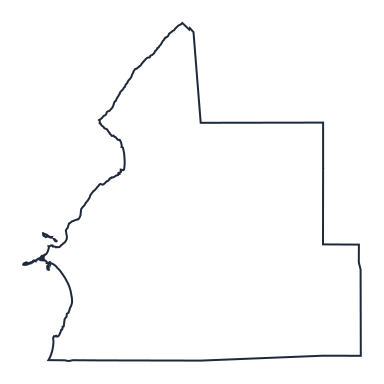 outline of Copper Coast, South Australia, Australia
{"feature_id": "25037944B48925496758456", "entity_name": "Copper Coast", "entity_type": "district", "adm_level": 2, "iso_a3": "AUS", "parent_name": "Australia", "parent_adm1": "South Australia", "projection": "equal_earth", "projection_center": [137.591, -33.943], "detail": "fine", "context": "isolated", "style": "outline", "palette": "slate", "viewbox_px": 384, "rotation_deg": 0, "n_neighbors": 0, "source": "geoboundaries", "source_scale": "gbopen_adm2", "svg_char_len": 5634}
<svg xmlns="http://www.w3.org/2000/svg" viewBox="0 0 384 384"><path d="M182.3,23.0L181.0,24.3L178.6,25.5L177.7,26.2L175.3,28.5L174.0,30.3L172.7,30.9L171.5,32.0L169.2,33.6L168.3,35.6L167.9,36.2L166.7,37.1L165.4,37.6L165.3,38.1L164.5,38.6L164.3,38.9L164.3,39.4L163.9,39.8L163.6,40.3L162.8,41.0L160.8,44.6L159.1,46.4L158.8,47.3L158.3,47.7L157.3,48.1L157.2,49.0L156.9,49.3L156.1,50.4L155.0,51.1L154.7,52.2L153.7,53.7L152.0,55.1L150.5,55.6L150.3,55.8L149.9,57.1L149.4,57.5L147.6,57.6L146.0,58.8L144.6,60.5L144.0,61.0L143.8,61.4L143.0,62.0L142.6,62.8L141.8,63.6L140.6,65.5L139.9,65.9L138.4,67.3L137.6,67.7L136.8,68.6L136.2,68.9L135.5,68.9L134.9,69.3L134.4,70.3L133.7,71.1L133.3,72.4L132.0,74.7L131.6,76.3L131.1,77.3L130.6,78.0L130.1,78.8L129.5,79.3L129.5,79.5L128.6,80.3L127.5,82.1L127.3,83.0L126.0,84.2L125.4,85.2L124.9,86.9L123.8,87.8L123.3,88.8L122.9,89.4L120.4,91.9L119.8,93.1L119.7,93.9L118.6,95.4L118.2,96.5L117.5,97.2L116.6,98.9L115.8,100.9L115.7,101.1L115.0,101.3L114.6,101.7L114.0,103.1L113.4,105.4L112.2,107.9L111.1,108.9L110.4,109.9L109.4,110.8L108.8,111.2L107.7,111.4L106.8,112.1L106.2,114.1L105.6,114.9L105.1,115.3L103.7,115.9L103.2,116.4L101.9,118.1L101.3,118.5L100.4,119.4L99.5,119.7L99.1,120.0L99.7,120.4L99.7,120.6L99.8,122.4L99.8,122.8L99.6,123.2L99.7,123.4L100.3,123.8L100.7,123.8L101.3,125.1L102.0,125.8L103.5,126.8L103.7,127.1L103.9,127.7L104.2,128.0L105.3,128.7L106.8,129.1L107.9,130.6L108.5,131.7L109.6,132.9L109.8,133.8L110.8,134.5L111.3,135.4L111.7,135.8L112.2,135.9L112.7,135.9L113.1,135.6L113.6,135.6L114.1,136.4L114.6,136.9L115.7,137.2L116.6,138.5L117.1,138.8L117.5,139.6L118.9,140.0L119.6,139.8L119.9,140.0L121.1,142.7L121.5,144.5L121.8,146.0L121.5,147.0L122.3,147.2L122.7,147.5L123.0,147.9L123.5,150.2L124.2,153.8L124.6,159.7L124.7,162.5L124.5,165.9L124.3,168.0L124.1,169.1L123.8,169.8L123.4,170.1L120.7,169.6L120.7,170.1L121.6,170.3L121.0,171.0L121.0,171.9L120.1,172.2L119.7,173.0L119.7,173.9L118.9,174.0L118.8,173.9L118.7,173.5L118.4,173.2L118.2,173.7L118.4,174.6L118.1,175.1L116.2,175.5L114.2,176.9L111.2,178.0L111.2,177.7L109.6,178.6L109.5,178.8L109.8,178.9L107.8,181.1L107.5,181.2L106.8,181.2L106.5,181.4L105.4,182.7L103.5,184.3L102.7,184.7L102.2,184.6L101.6,184.3L100.3,184.0L99.9,184.2L99.1,184.9L98.1,186.4L97.3,187.0L96.6,188.1L95.1,189.8L94.0,190.8L93.1,191.4L92.6,192.3L91.5,193.4L91.0,194.4L90.2,195.4L89.8,197.2L87.7,200.7L86.6,201.7L86.2,202.5L85.6,203.1L84.3,205.5L83.0,206.7L81.3,208.9L81.1,209.6L80.5,215.3L79.6,217.5L78.9,218.6L78.3,219.3L77.6,219.2L76.8,219.7L74.9,220.2L73.2,221.1L72.0,221.3L70.3,222.8L69.6,223.1L69.0,223.5L67.6,227.9L67.5,228.2L66.7,228.9L65.9,230.4L65.9,231.2L66.2,232.4L66.2,233.2L66.8,235.8L66.9,237.1L66.8,238.7L66.7,239.2L65.8,240.9L64.9,242.3L64.1,242.8L60.8,245.6L60.6,246.0L59.7,246.8L58.8,247.2L57.0,247.0L56.4,247.3L55.9,247.3L55.2,246.7L52.7,246.5L52.5,246.1L52.8,246.0L52.8,245.7L52.1,245.3L50.9,245.5L49.7,246.3L48.5,246.2L48.8,247.4L48.8,248.0L48.0,250.8L47.0,252.9L46.2,254.1L45.7,254.5L45.5,254.4L45.0,254.7L44.4,254.8L43.8,255.3L42.9,255.7L41.9,255.8L40.7,257.1L40.3,257.8L39.4,258.3L39.7,258.5L39.0,259.3L39.2,259.6L39.8,259.8L40.1,259.8L41.1,259.1L42.1,259.4L42.7,258.9L42.9,258.3L41.5,258.8L40.8,258.7L40.4,258.9L40.2,259.0L40.2,258.8L41.2,258.0L41.5,257.2L41.8,256.8L42.2,256.8L42.8,256.9L43.3,256.5L43.8,256.3L43.3,257.0L43.4,257.4L43.8,257.9L43.7,258.2L43.2,258.1L43.6,258.8L43.1,259.0L43.0,259.4L44.0,259.6L44.3,259.9L44.3,260.1L43.1,260.2L42.8,260.4L43.9,260.5L44.9,260.4L46.2,261.2L46.6,261.8L46.6,263.1L46.9,263.2L47.1,262.8L47.3,262.7L47.9,263.4L48.2,263.4L48.6,263.3L48.5,263.0L48.6,262.8L49.2,262.5L49.7,262.1L50.1,262.1L50.3,262.3L50.4,262.8L50.1,263.6L50.3,264.4L50.6,263.6L51.0,263.4L51.8,263.5L53.3,264.2L55.9,266.1L57.3,267.9L59.5,270.0L62.5,274.1L64.6,277.3L65.4,278.6L68.2,283.9L69.0,285.8L69.8,288.1L70.7,291.3L71.9,298.1L72.1,302.1L71.8,303.7L71.0,306.1L69.7,308.7L69.5,310.1L68.9,311.3L68.5,312.8L66.8,313.8L66.6,316.7L65.8,317.5L64.6,319.2L63.8,326.1L63.5,326.6L62.6,326.7L62.5,328.4L62.1,329.6L61.7,329.9L61.3,329.7L61.2,329.8L60.7,331.6L60.1,333.2L59.0,335.4L58.7,335.7L58.1,336.3L57.2,336.6L56.7,336.5L56.2,335.7L55.6,335.9L54.8,336.6L54.5,336.5L54.2,336.2L53.9,336.2L53.2,337.8L53.1,338.8L53.4,340.5L53.5,342.1L53.2,345.7L52.2,351.1L50.7,355.6L49.7,357.9L48.4,360.1L64.8,360.3L66.5,360.7L69.0,361.0L72.7,360.2L100.4,360.4L200.8,360.6L323.1,355.7L360.8,355.8L360.6,269.6L358.8,262.4L358.9,244.6L323.0,244.4L323.1,168.4L323.3,168.2L323.1,167.3L323.1,122.6L200.7,122.8L193.5,32.2L189.9,28.1L189.3,29.6L182.3,23.0ZM23.2,264.5L24.1,264.4L24.6,264.6L25.4,264.1L25.7,264.3L25.7,264.6L25.4,264.9L26.0,264.9L26.6,264.4L27.1,264.3L27.6,264.5L29.4,263.5L30.5,263.5L30.7,262.9L31.2,262.9L32.3,262.6L34.1,261.0L34.6,261.1L34.1,260.4L33.7,260.4L32.9,261.0L32.2,261.9L28.3,263.2L27.7,263.1L26.8,262.4L26.5,262.4L26.2,262.7L25.6,262.6L25.2,263.0L24.4,263.0L23.2,264.3L23.2,264.5ZM43.9,236.1L44.6,236.2L45.6,237.1L46.1,237.0L46.7,236.6L47.2,236.5L49.0,236.9L50.5,237.6L51.2,237.7L51.7,237.4L51.9,237.0L51.2,237.1L50.5,236.9L50.0,237.0L46.7,234.9L46.6,234.6L46.2,234.4L45.1,234.3L44.8,234.0L43.6,233.6L43.0,233.1L42.9,233.2L43.1,234.0L43.5,233.9L43.9,234.4L43.9,234.7L43.6,235.1L43.4,235.6L43.9,236.1ZM48.5,266.7L48.5,265.6L48.4,265.4L48.0,265.5L47.3,266.0L47.2,266.4L47.2,267.8L47.3,268.3L47.7,268.6L47.6,269.1L47.6,269.5L48.8,269.9L48.9,269.6L48.1,268.8L48.2,268.4L48.8,267.8L48.7,267.1L48.5,266.7ZM53.7,238.9L55.0,240.9L55.6,241.2L56.4,241.4L56.6,241.2L56.6,240.8L55.3,240.0L54.8,239.3L54.4,239.0L53.7,238.9ZM35.5,261.1L36.5,260.6L36.7,260.4L36.9,259.6L35.4,260.7L35.3,261.0L35.5,261.1Z" fill="none" stroke="#1e293b" stroke-width="2"/></svg>